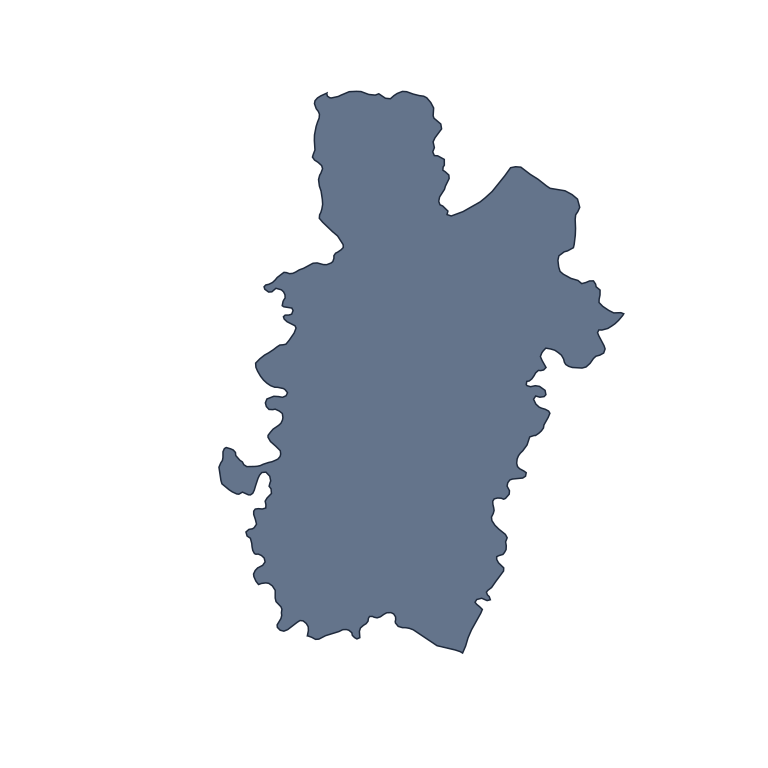 the district of Barysaw, Minsk, Belarus, rotated 34°
{"feature_id": "67162791B39606099444015", "entity_name": "Barysaw", "entity_type": "district", "adm_level": 2, "iso_a3": "BLR", "parent_name": "Belarus", "parent_adm1": "Minsk", "projection": "albers", "projection_center": [28.522, 54.3], "detail": "fine", "context": "isolated", "style": "filled", "palette": "slate", "viewbox_px": 768, "rotation_deg": 34, "n_neighbors": 0, "source": "geoboundaries", "source_scale": "gbopen_adm2", "svg_char_len": 6170}
<svg xmlns="http://www.w3.org/2000/svg" viewBox="0 0 768 768"><g transform="rotate(34 384 384)"><path d="M441.0,122.5L434.0,121.8L426.0,122.6L412.2,128.9L407.6,128.9L397.2,128.1L388.0,128.4L376.2,127.7L371.6,130.3L368.0,133.9L367.7,143.9L366.0,163.9L363.8,172.9L361.9,179.2L353.1,196.9L345.8,207.1L341.5,208.3L340.3,204.9L333.2,203.6L330.1,204.1L327.2,201.9L325.5,197.8L325.3,188.8L324.3,185.7L323.1,177.2L320.9,174.5L316.1,173.8L313.2,173.8L311.7,171.1L311.7,168.9L308.4,164.1L300.9,164.8L298.0,166.5L294.6,164.3L293.6,159.9L289.3,155.8L288.6,151.4L289.1,140.3L285.7,136.7L276.8,135.7L274.8,134.2L270.8,127.4L265.4,124.5L259.4,122.8L256.0,123.2L251.9,125.2L246.1,127.3L239.3,129.0L235.7,131.1L232.5,135.7L231.0,139.3L229.8,143.9L225.4,146.3L217.4,146.3L215.2,149.4L209.4,152.5L201.4,154.4L197.5,156.8L191.7,161.1L186.8,168.6L185.3,171.2L180.4,176.3L179.0,177.0L176.1,177.0L174.2,175.3L174.0,174.7L170.4,180.6L168.9,184.0L168.4,187.7L169.6,190.5L173.9,193.7L177.0,194.7L179.6,196.4L181.5,199.7L182.4,203.9L183.7,208.4L187.1,216.4L190.1,221.1L195.9,228.6L196.9,233.0L197.8,235.9L201.2,237.2L205.1,237.1L210.2,237.8L212.7,239.9L213.8,244.7L213.9,246.8L215.4,251.1L219.8,256.1L223.9,259.2L229.6,265.4L232.7,269.4L234.6,273.6L235.7,277.1L236.0,279.7L237.7,282.8L242.8,284.2L256.1,286.5L262.7,287.2L272.2,291.3L273.9,293.6L273.4,296.7L271.8,300.7L270.7,302.6L270.7,305.6L272.2,307.8L273.1,311.1L272.5,313.2L269.8,317.1L267.0,318.9L260.9,321.0L257.6,323.6L252.6,333.1L249.9,336.8L248.2,340.5L246.5,343.3L243.9,345.4L240.8,346.2L238.6,347.4L235.9,355.4L235.6,358.7L234.8,362.2L232.8,365.7L230.6,368.0L230.2,370.5L232.2,372.1L236.9,372.3L239.5,370.3L240.9,365.1L246.3,363.3L249.3,363.8L252.0,365.4L253.9,367.9L253.9,370.0L254.1,371.9L255.8,376.0L257.8,376.0L265.1,372.6L267.5,373.9L268.4,377.7L266.5,380.1L263.5,382.2L263.0,384.5L265.0,386.0L268.8,386.6L277.6,385.5L279.8,386.8L281.0,392.0L280.9,400.9L280.4,405.9L278.2,408.1L275.9,409.9L274.5,413.1L273.1,417.4L270.9,422.7L268.8,426.8L267.0,432.5L265.9,438.5L268.5,441.8L272.1,444.1L277.3,446.6L281.9,448.1L286.5,448.8L290.9,448.8L295.2,447.8L297.7,446.2L303.2,444.0L305.2,444.0L308.9,445.2L309.4,448.5L307.3,451.8L303.6,453.4L299.5,455.8L295.3,461.9L296.2,466.0L299.1,468.5L302.9,469.4L306.2,467.4L307.8,465.7L312.3,465.0L316.2,465.3L318.9,468.3L320.0,470.7L320.5,474.2L319.8,477.1L317.3,483.4L316.8,487.6L316.6,491.4L317.6,493.0L322.1,495.2L329.0,496.1L335.3,497.3L337.5,499.8L338.4,502.2L338.0,505.6L336.6,508.0L334.6,511.1L332.2,513.6L328.7,518.1L327.1,520.8L325.0,523.0L323.0,524.6L316.5,529.2L312.9,529.3L310.2,527.8L307.1,527.8L301.1,526.2L299.1,523.8L295.9,523.0L293.1,523.5L288.7,524.9L287.8,526.8L288.4,530.2L291.6,535.0L292.8,537.8L292.8,540.7L293.7,545.3L302.8,555.2L305.5,557.4L314.5,558.3L318.4,558.3L323.4,557.5L325.3,556.5L327.1,552.8L333.6,551.7L335.3,550.6L336.3,548.0L335.8,544.5L334.4,540.1L332.3,532.6L331.8,529.1L332.2,525.7L335.4,523.1L340.8,524.3L344.3,527.7L344.6,529.2L345.9,533.0L349.0,534.1L351.9,537.7L350.8,543.8L351.0,547.6L353.7,550.2L355.3,552.9L353.0,555.7L349.5,557.6L347.2,559.7L347.1,562.3L348.9,565.0L353.2,568.3L356.7,571.5L356.7,575.8L355.9,577.6L353.3,580.1L352.3,583.9L355.5,586.6L359.5,586.6L363.5,590.1L365.7,592.8L368.2,595.3L371.4,597.0L372.9,596.8L374.9,595.3L378.3,594.7L382.0,595.3L384.9,598.0L384.8,602.2L382.1,607.1L381.5,610.6L382.1,614.5L383.9,616.5L388.1,619.1L392.1,620.4L393.9,617.9L397.2,615.0L399.9,613.7L404.3,613.8L409.2,615.9L413.5,622.3L416.2,624.8L423.1,626.3L425.3,627.8L426.9,631.1L428.6,633.0L429.7,636.1L430.1,643.5L431.7,645.4L435.6,646.2L439.2,644.9L441.5,641.5L445.3,630.1L446.6,627.1L449.4,625.6L453.5,626.0L456.9,627.6L459.2,630.7L461.3,635.7L461.8,635.4L465.8,634.4L470.0,634.0L472.7,631.9L476.3,625.3L485.1,614.4L487.2,610.7L490.1,608.6L492.5,607.8L496.4,608.2L498.3,610.1L501.4,610.7L504.1,610.5L505.8,607.8L501.9,602.8L500.9,599.4L501.9,595.6L503.2,592.7L503.4,589.6L502.1,586.9L502.0,584.8L504.5,583.1L506.2,582.9L509.1,581.7L511.2,579.0L512.7,575.0L514.2,572.1L517.7,569.6L520.6,569.2L523.8,570.6L525.5,572.9L526.1,574.6L527.1,575.7L531.3,577.0L535.5,575.7L538.4,573.8L541.6,572.4L545.6,571.4L574.3,571.3L591.7,564.7L596.7,563.3L599.6,563.1L598.2,555.6L595.6,547.4L594.0,538.8L592.4,519.9L591.6,515.9L588.0,515.2L583.9,514.8L581.5,514.0L581.4,510.8L584.8,507.0L590.6,505.9L592.8,503.4L590.1,501.4L587.7,501.0L585.3,499.3L585.5,497.0L587.0,492.5L587.1,485.1L587.7,472.2L586.1,469.5L578.9,468.2L575.5,466.4L574.0,464.1L575.3,461.9L577.9,458.8L578.1,456.4L577.8,453.0L575.8,449.7L573.1,446.9L572.1,442.6L568.7,440.8L560.3,440.1L555.0,439.1L549.8,436.9L547.5,434.2L547.0,430.3L546.0,427.3L544.0,425.1L541.6,422.9L539.7,420.4L539.6,417.6L541.9,415.0L545.1,413.1L547.6,412.6L548.7,410.9L549.4,405.3L547.7,402.3L543.1,399.8L541.8,396.6L542.0,393.1L543.7,390.9L551.6,384.4L552.9,381.3L551.5,378.0L548.7,377.9L543.8,378.4L540.9,377.8L538.3,375.5L536.3,371.7L535.6,368.3L535.7,365.1L536.4,361.8L536.7,354.6L534.4,346.4L537.2,342.8L538.4,342.0L539.9,338.3L540.7,334.9L540.8,331.3L539.5,328.5L538.8,319.9L537.9,315.5L535.6,314.4L531.7,314.8L528.3,315.9L525.5,316.4L521.1,315.7L516.5,313.0L516.5,309.1L520.6,307.8L523.8,304.9L524.2,302.3L521.1,299.2L514.3,299.0L510.4,300.8L507.0,304.3L503.5,305.4L502.3,305.0L500.9,302.0L502.7,300.3L503.7,297.1L503.8,293.3L503.5,290.0L504.4,286.4L506.4,285.3L508.5,283.1L509.1,279.7L501.9,276.1L498.3,273.8L497.4,269.8L497.5,267.4L498.1,263.8L502.5,261.8L506.7,260.5L510.7,260.5L515.0,260.9L519.0,262.9L521.4,265.1L523.8,266.2L527.2,266.1L530.9,265.0L539.3,260.0L542.0,256.9L543.3,251.6L543.4,245.7L544.2,242.4L546.8,239.4L548.8,235.5L547.7,231.3L545.0,229.2L535.1,223.9L532.3,222.0L531.9,219.0L534.5,217.4L538.5,212.8L540.3,208.8L541.8,204.9L542.9,200.1L543.6,193.6L543.5,191.7L540.5,192.4L534.7,196.6L529.1,197.3L521.8,197.3L516.7,196.2L515.0,193.5L513.3,189.4L510.6,185.3L505.5,184.8L503.6,182.9L500.0,181.4L496.8,183.6L494.6,187.0L491.8,190.2L486.9,189.7L479.9,191.9L471.4,192.7L467.0,192.2L463.4,189.3L459.0,184.2L457.3,179.9L459.5,173.6L461.7,171.1L464.8,165.1L463.6,161.9L459.4,153.7L455.8,147.9L450.5,140.7L448.3,136.6L448.3,132.7L447.5,128.1L441.0,122.5Z" fill="#64748b" stroke="#1e293b" stroke-width="1.5"/></g></svg>